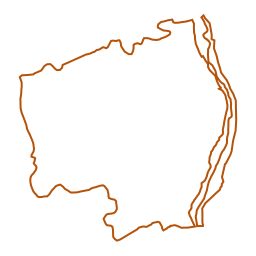 outline of Markz Abu Qurqas, Al Minya, Egypt
{"feature_id": "37247803B9734537557155", "entity_name": "Markz Abu Qurqas", "entity_type": "district", "adm_level": 2, "iso_a3": "EGY", "parent_name": "Egypt", "parent_adm1": "Al Minya", "projection": "mercator", "projection_center": [30.805, 27.941], "detail": "fine", "context": "isolated", "style": "outline", "palette": "amber", "viewbox_px": 256, "rotation_deg": 0, "n_neighbors": 0, "source": "geoboundaries", "source_scale": "gbopen_adm2", "svg_char_len": 5790}
<svg xmlns="http://www.w3.org/2000/svg" viewBox="0 0 256 256"><path d="M192.3,19.9L186.2,21.5L181.9,22.1L178.2,22.7L174.8,22.8L173.3,22.3L172.8,21.2L172.8,20.7L172.2,19.6L167.9,20.3L164.2,21.4L161.0,22.0L158.3,24.3L157.8,25.9L157.9,27.5L160.6,29.1L163.8,30.6L165.5,30.6L168.7,31.1L169.8,31.6L170.3,32.7L169.8,34.3L168.2,35.4L165.1,37.1L161.3,38.3L159.7,39.4L156.5,40.0L152.2,39.6L149.5,38.6L147.7,38.2L146.8,38.1L144.1,38.1L143.1,39.8L142.6,41.4L141.6,43.6L140.5,44.2L138.9,43.7L137.8,43.2L135.1,43.8L134.2,44.4L133.6,44.9L133.6,46.5L133.6,48.1L133.1,50.9L131.6,54.1L128.9,54.2L124.6,51.6L121.2,46.3L120.6,42.5L119.5,40.3L117.9,40.4L116.3,41.0L112.5,40.6L110.9,41.1L110.4,42.2L109.5,43.9L107.8,47.1L106.2,48.2L105.5,47.9L104.9,47.7L103.0,47.2L99.3,49.5L96.6,50.1L94.5,51.8L92.4,52.4L90.3,53.5L88.1,54.1L85.4,54.7L84.1,55.4L83.6,55.6L68.7,62.3L62.6,65.0L62.3,66.5L62.1,67.7L60.0,69.9L58.4,70.0L56.8,70.0L55.3,69.0L52.4,65.8L52.1,65.6L50.3,64.1L48.2,64.2L47.0,64.3L44.3,66.1L41.8,69.8L40.9,70.7L38.0,71.9L37.3,72.2L34.7,73.3L33.3,74.4L28.5,74.9L27.4,75.0L24.2,75.2L21.9,75.3L19.8,77.1L21.6,82.2L21.7,83.9L21.7,86.6L21.3,90.4L21.3,91.9L21.3,92.5L20.9,95.8L20.4,99.0L20.5,101.2L20.5,103.9L20.6,108.2L21.2,110.9L21.8,113.1L23.5,117.4L25.3,122.2L26.4,125.4L27.0,128.7L28.3,131.7L29.5,133.9L31.9,139.6L33.2,143.1L33.6,145.6L33.7,147.1L34.1,148.6L33.5,151.6L32.3,153.8L31.5,155.2L31.5,156.7L34.8,157.8L35.2,158.3L34.9,159.3L34.7,159.9L34.7,160.9L34.2,162.0L33.7,163.1L34.3,164.2L35.4,165.3L35.9,165.8L36.5,167.4L36.0,169.6L35.0,171.2L33.4,173.4L31.8,175.1L30.8,176.7L30.3,179.4L30.4,182.1L31.0,185.4L32.2,188.6L33.3,191.3L34.9,193.4L36.6,195.0L37.2,196.1L38.8,197.1L41.5,197.0L44.7,196.4L46.8,196.4L47.3,196.3L49.5,194.1L50.0,193.3L50.5,192.5L52.0,190.3L53.1,189.2L54.8,187.3L56.2,185.9L57.8,185.3L60.0,184.7L60.5,184.7L61.4,185.5L63.2,186.8L64.9,188.9L67.6,190.4L70.3,192.2L70.9,192.5L73.0,192.5L76.8,192.4L79.4,191.8L82.1,191.2L85.3,190.6L89.0,189.9L91.2,188.6L91.7,188.2L92.9,187.9L93.8,187.6L96.0,187.1L97.6,186.5L99.7,185.9L102.4,185.3L102.9,185.3L104.0,185.8L104.7,186.4L105.1,186.8L106.2,188.4L107.3,189.5L107.9,191.6L108.5,194.3L108.5,196.5L109.1,198.1L111.8,199.1L114.5,199.6L115.0,200.1L116.1,201.2L116.2,203.3L116.8,207.1L116.8,209.3L115.3,212.0L114.5,212.5L113.7,213.1L111.0,213.7L108.9,213.8L106.8,214.4L105.7,215.5L105.4,216.0L104.7,217.1L103.6,218.8L104.2,220.4L105.4,223.1L105.9,224.1L107.0,225.2L110.2,225.7L110.8,225.6L112.4,226.7L113.0,229.9L113.1,233.7L113.2,236.9L114.8,239.1L115.5,239.5L117.0,240.6L120.2,239.5L125.5,236.3L137.1,229.4L138.5,228.0L138.7,227.7L142.3,226.6L143.6,226.5L144.0,226.5L146.3,226.9L148.0,226.2L149.2,225.4L150.2,225.0L151.0,224.7L152.5,223.0L155.2,222.4L157.9,221.8L159.5,222.3L161.7,226.1L162.3,228.8L163.4,230.4L165.5,229.2L166.6,228.7L167.7,227.5L170.3,226.4L170.3,225.9L174.6,225.2L175.5,225.4L176.7,225.7L181.6,227.8L183.2,227.7L188.0,227.6L195.0,226.5L193.1,222.8L192.1,220.7L190.8,217.5L189.9,216.1L188.9,212.7L189.4,211.2L190.6,209.6L191.5,208.0L191.5,204.9L192.5,202.9L193.6,201.5L194.2,200.1L195.2,199.0L196.1,197.7L197.2,196.0L198.7,194.2L199.8,191.9L200.8,188.7L201.6,187.2L201.6,183.1L203.3,181.9L205.0,180.4L206.7,176.7L207.6,173.1L208.8,170.4L209.8,168.8L210.7,166.9L210.5,165.2L210.1,164.1L209.2,162.9L209.2,161.7L209.5,159.6L209.6,157.3L210.8,154.3L211.2,151.7L212.0,151.0L212.8,149.7L213.5,148.1L214.3,146.6L215.2,146.0L216.4,144.1L216.7,142.8L217.8,141.3L219.1,140.0L219.2,137.7L220.5,136.5L221.8,135.3L222.8,134.1L223.0,131.5L222.8,129.8L223.8,125.0L224.2,122.1L224.8,119.1L225.6,115.3L226.3,112.1L227.2,109.2L227.4,106.8L227.4,104.8L227.0,102.8L226.8,101.2L226.0,98.3L225.5,95.5L224.4,93.5L222.7,91.0L221.5,89.8L220.6,89.6L219.4,89.1L219.0,88.8L220.8,87.8L218.8,85.1L216.9,81.0L215.3,75.8L209.7,70.2L208.1,67.2L208.0,64.1L205.6,60.7L203.0,56.1L201.8,56.9L201.5,56.6L199.8,53.5L198.5,50.5L198.3,49.6L197.4,47.6L196.4,45.3L195.8,43.7L195.5,41.8L195.2,40.2L195.0,38.7L195.0,36.7L194.7,34.9L194.3,33.3L194.0,32.2L193.9,26.1L194.0,23.8L193.0,21.6L192.3,19.9ZM197.2,226.1L200.3,226.0L202.9,226.0L203.0,224.7L202.6,223.7L202.4,222.6L202.4,212.2L202.2,208.6L205.4,203.1L210.4,198.5L216.2,193.0L219.7,189.9L220.7,187.1L221.7,186.2L221.8,184.1L223.4,181.7L222.8,179.6L222.0,177.1L225.0,164.1L225.8,163.6L230.4,154.7L231.6,151.2L233.1,140.7L235.6,130.7L235.8,127.2L236.2,120.0L235.8,100.5L233.3,94.0L230.3,88.8L228.7,84.2L226.7,80.1L223.2,75.5L221.0,72.4L220.0,68.0L218.8,64.6L217.7,60.8L216.9,56.9L216.2,54.6L214.0,48.5L214.1,45.5L214.4,40.3L211.6,39.2L211.7,35.1L210.6,28.3L209.6,23.2L205.1,18.2L203.5,15.4L201.4,17.4L202.6,19.0L204.2,21.8L204.9,23.9L206.1,26.0L207.4,29.0L207.5,30.6L206.7,31.9L204.8,33.2L203.4,34.6L203.4,35.7L204.4,37.6L205.1,38.3L207.2,39.7L207.3,39.8L207.3,39.7L208.6,40.8L209.5,42.2L210.1,43.6L209.7,45.3L209.5,46.1L209.2,47.3L208.1,49.1L208.1,50.0L208.1,51.5L208.0,52.4L208.1,52.8L207.9,53.6L208.1,56.7L208.4,60.6L208.6,61.9L209.0,62.5L209.8,63.3L210.7,63.9L211.8,64.8L212.2,65.1L213.0,66.5L213.9,68.1L214.6,69.3L215.4,70.7L215.6,71.6L216.0,73.2L216.4,75.2L216.6,76.0L217.1,77.1L218.4,79.1L219.3,80.3L220.2,81.4L221.8,83.1L223.3,83.7L224.6,85.3L224.7,86.8L225.5,87.9L226.9,89.6L227.6,91.6L228.1,93.0L228.4,95.3L229.0,96.9L230.6,99.3L230.8,101.7L231.1,103.7L230.9,107.7L231.2,109.6L231.6,113.3L231.8,115.8L231.3,116.9L229.0,118.5L228.5,120.1L228.4,122.1L228.4,125.6L228.2,129.9L228.3,132.9L227.0,138.0L227.0,142.9L225.9,145.8L223.9,149.6L222.3,151.6L220.6,155.1L219.2,159.5L217.6,163.3L216.0,165.8L215.7,166.9L215.6,167.6L215.2,168.8L213.5,172.4L211.7,175.6L208.9,181.5L207.8,185.6L207.6,186.3L206.9,190.4L205.9,192.9L205.1,195.3L204.1,198.6L201.4,202.7L198.5,207.1L197.9,208.4L196.8,210.2L196.3,214.3L195.7,216.6L196.5,221.7L197.0,224.6L197.0,224.9L197.2,226.1Z" fill="none" stroke="#b45309" stroke-width="2"/></svg>